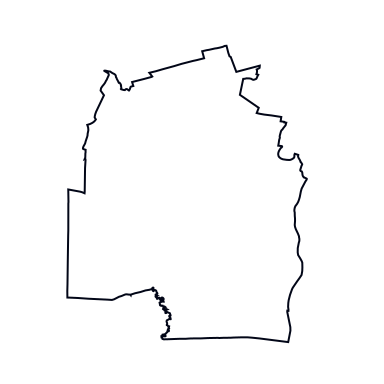 Bobicesti, Olt, Romania, rotated 190°
{"feature_id": "2599482B15000431260960", "entity_name": "Bobicesti", "entity_type": "district", "adm_level": 2, "iso_a3": "ROU", "parent_name": "Romania", "parent_adm1": "Olt", "projection": "robinson", "projection_center": [24.159, 44.386], "detail": "fine", "context": "isolated", "style": "outline", "palette": "ink", "viewbox_px": 384, "rotation_deg": 190, "n_neighbors": 0, "source": "geoboundaries", "source_scale": "gbopen_adm2", "svg_char_len": 5754}
<svg xmlns="http://www.w3.org/2000/svg" viewBox="0 0 384 384"><g transform="rotate(190 192 192)"><path d="M299.4,296.1L299.1,295.9L295.3,294.5L294.8,294.0L294.3,293.0L294.3,292.3L294.6,291.4L295.5,287.7L296.0,286.6L296.6,284.5L297.5,282.6L298.4,281.1L299.1,279.6L299.6,278.4L299.6,277.8L299.6,276.0L295.5,272.0L300.4,254.3L300.8,251.8L300.9,249.7L300.8,248.5L299.3,246.8L299.8,245.7L300.6,244.4L302.0,242.9L304.0,241.4L306.8,239.9L306.5,239.4L305.5,237.5L304.9,235.3L304.8,234.4L304.9,231.2L304.7,229.7L304.8,228.2L305.5,223.7L305.7,221.2L306.7,218.3L307.0,216.9L306.9,215.7L306.4,215.4L304.1,215.1L304.0,214.3L303.7,212.5L303.7,211.4L303.1,207.5L303.4,205.9L302.9,206.3L302.4,205.1L301.5,197.1L298.4,177.9L297.7,173.5L297.6,172.1L300.2,172.7L302.2,172.9L314.3,173.0L311.9,160.6L311.8,159.3L307.1,132.4L306.5,128.3L302.3,102.2L298.6,79.5L297.6,72.8L296.4,66.4L295.2,66.6L286.0,67.8L275.5,68.9L256.7,71.3L252.1,71.8L250.1,72.8L245.6,76.2L243.4,77.3L240.3,79.3L239.7,79.6L238.6,79.9L236.4,80.0L235.0,80.2L234.4,79.7L234.4,80.1L234.3,80.4L230.5,82.4L225.3,84.6L220.7,87.0L216.7,88.4L216.1,88.8L214.7,89.3L214.6,89.5L214.4,90.5L214.0,91.0L213.6,91.1L213.3,90.9L213.3,90.1L213.8,88.9L213.7,88.3L213.2,87.8L212.8,87.7L212.6,87.9L213.1,88.6L213.0,88.9L212.8,89.0L212.3,89.1L211.6,88.8L210.9,89.0L210.4,88.7L210.1,88.5L209.8,87.7L209.5,87.3L208.7,86.5L208.5,86.1L208.7,85.8L210.0,84.7L209.9,84.4L209.0,84.3L208.6,84.2L209.6,83.7L209.8,83.4L209.8,82.9L209.7,82.6L209.5,82.4L209.2,82.4L208.6,82.9L208.3,82.8L208.2,82.6L208.5,82.0L208.5,81.7L208.3,81.4L207.7,81.5L207.6,80.8L207.3,80.9L207.2,81.0L207.2,81.7L207.0,82.0L206.3,82.2L205.6,82.2L205.3,82.0L205.1,80.9L204.8,80.6L204.3,80.5L203.8,80.6L203.5,80.8L203.4,81.1L204.0,81.9L203.5,82.7L203.2,82.9L202.5,82.8L201.8,82.4L201.4,81.9L201.3,81.6L201.4,81.1L201.6,80.9L202.3,80.5L202.4,80.2L201.7,80.0L201.2,79.7L200.9,79.1L201.8,78.9L202.9,79.3L203.5,79.4L203.9,79.0L203.6,78.4L203.5,78.2L204.7,77.4L203.8,75.0L203.2,75.1L202.6,74.5L201.1,75.0L200.9,74.8L200.5,74.2L200.1,74.2L199.2,74.5L198.3,74.0L200.0,73.0L200.2,71.7L199.7,71.4L198.5,71.9L197.7,72.0L197.0,72.3L195.9,72.0L196.2,71.8L198.5,70.8L198.4,70.5L197.4,70.2L197.0,69.7L196.9,69.3L197.3,68.8L197.3,68.5L197.1,68.2L196.7,68.2L196.2,68.5L195.7,69.5L193.9,69.0L192.8,68.8L192.5,68.4L192.2,67.5L191.7,67.0L191.7,66.6L192.7,66.2L192.9,65.9L192.8,65.6L192.1,65.2L192.0,64.9L192.1,64.5L192.0,64.4L191.4,64.2L191.4,63.5L191.0,63.3L190.9,63.2L191.0,63.0L192.4,63.0L193.2,62.2L194.5,61.2L194.6,60.4L194.5,59.8L193.8,58.7L193.6,58.0L193.7,57.0L193.8,56.7L193.7,56.5L192.9,56.4L192.2,55.7L191.2,55.7L191.2,55.4L191.5,54.2L191.4,54.1L190.9,53.8L190.8,53.6L190.9,53.4L191.7,52.8L191.9,52.6L191.9,52.3L190.9,51.8L190.6,51.4L190.6,51.1L190.8,50.8L192.1,50.5L192.1,49.6L192.8,48.8L192.8,48.6L194.0,47.3L194.0,47.2L193.5,46.7L193.5,46.4L193.1,45.8L193.0,45.6L193.3,45.3L193.5,45.1L194.0,45.1L194.1,45.6L195.1,46.8L195.8,46.6L196.2,46.4L196.1,46.2L195.0,46.0L194.7,45.5L194.7,45.2L195.0,45.1L196.2,45.1L197.1,44.8L197.0,44.1L196.7,43.3L195.9,43.2L195.7,42.9L195.5,42.2L195.4,42.2L194.3,42.0L190.7,42.7L178.6,45.3L172.9,46.3L168.9,47.3L163.4,48.4L158.6,49.2L150.6,51.0L140.9,52.9L140.0,52.9L136.5,53.7L128.6,55.2L125.7,55.9L116.9,57.7L111.4,58.6L107.0,59.0L100.1,59.5L71.2,60.9L71.0,72.5L71.7,76.0L77.4,90.5L77.5,91.7L76.4,91.7L76.5,92.7L77.4,95.5L77.9,99.4L78.0,102.2L77.6,107.7L76.6,113.6L76.1,115.3L72.8,122.6L71.1,126.1L69.7,129.3L69.7,133.3L70.2,136.9L71.1,141.5L71.9,142.9L73.9,145.4L76.5,148.3L77.4,150.8L78.1,155.1L78.0,161.1L77.9,161.4L77.8,162.4L78.1,164.4L78.8,166.2L78.9,166.9L80.5,169.5L83.3,173.4L84.5,175.6L85.1,177.4L85.5,181.4L86.0,184.0L86.6,186.2L87.3,189.7L87.9,191.1L88.1,192.5L88.1,194.2L87.8,195.9L86.4,198.7L85.7,200.8L85.3,203.0L85.0,205.7L84.9,211.4L84.6,214.4L82.2,221.9L81.3,224.0L81.2,224.8L81.3,225.0L82.4,225.4L84.4,225.8L84.6,226.2L85.0,226.3L85.6,227.0L85.9,227.5L86.2,228.2L86.8,230.3L87.1,230.8L87.5,231.3L88.5,231.5L88.8,231.7L89.1,232.0L89.2,232.9L88.9,235.1L88.7,236.8L88.3,238.1L88.3,238.5L88.9,239.2L89.9,240.3L90.2,240.3L90.5,240.6L90.8,241.4L91.1,241.9L92.1,243.1L93.0,244.1L93.7,245.3L93.8,247.0L97.4,247.5L97.6,246.7L97.5,245.5L97.3,244.4L97.5,243.5L98.5,242.3L99.6,241.4L100.8,240.7L101.9,240.4L104.5,240.1L108.1,240.0L109.8,240.3L111.0,240.8L112.2,241.5L113.0,242.4L113.5,243.6L113.7,244.3L113.8,245.2L113.7,246.4L113.5,247.4L113.0,248.9L112.2,250.7L111.5,251.4L111.1,252.2L111.2,252.5L111.5,252.8L115.1,252.6L115.1,255.3L115.2,258.3L114.9,260.7L115.3,261.9L115.3,263.2L114.9,267.4L114.5,268.4L113.8,269.3L113.2,270.7L111.4,274.0L111.2,276.6L113.1,276.5L113.2,277.1L117.0,277.0L117.1,281.4L126.9,281.2L134.3,280.8L139.4,280.8L142.0,281.0L140.9,286.5L161.7,296.0L161.2,312.3L159.9,312.6L158.0,313.4L155.3,313.8L153.5,313.8L152.1,313.3L151.2,313.1L150.1,313.5L148.5,314.5L148.2,314.9L147.4,318.3L147.1,318.9L147.6,319.1L149.0,319.2L148.9,320.1L148.8,321.5L149.1,323.0L149.6,323.9L149.1,324.2L147.5,325.5L147.0,326.0L147.2,328.2L169.2,318.0L177.3,331.7L178.6,332.1L180.4,335.3L183.4,342.0L185.2,341.5L186.9,340.3L190.0,338.9L192.5,337.9L194.4,337.3L199.9,335.0L202.2,334.2L206.4,332.4L203.3,325.8L210.5,322.6L213.7,321.3L224.5,316.4L231.4,312.9L242.2,307.8L248.7,304.6L254.7,302.0L251.2,298.8L251.8,298.3L258.6,295.1L270.1,289.9L268.2,286.2L270.4,285.2L270.8,284.7L271.0,282.8L271.4,281.5L271.7,281.0L273.8,282.0L274.2,282.0L274.5,282.0L275.2,281.6L275.8,280.7L277.2,280.6L279.7,280.9L279.9,281.1L279.6,281.8L279.9,283.0L280.4,284.1L280.5,284.5L280.4,284.7L280.8,285.5L281.4,286.2L282.3,287.0L283.0,286.8L283.3,287.1L283.9,288.1L285.6,290.2L286.2,291.3L286.8,291.9L287.3,293.4L287.9,294.1L289.0,294.7L291.1,295.3L293.5,296.4L295.0,296.3L298.2,296.5L299.3,296.3L299.4,296.1Z" fill="none" stroke="#020617" stroke-width="2"/></g></svg>